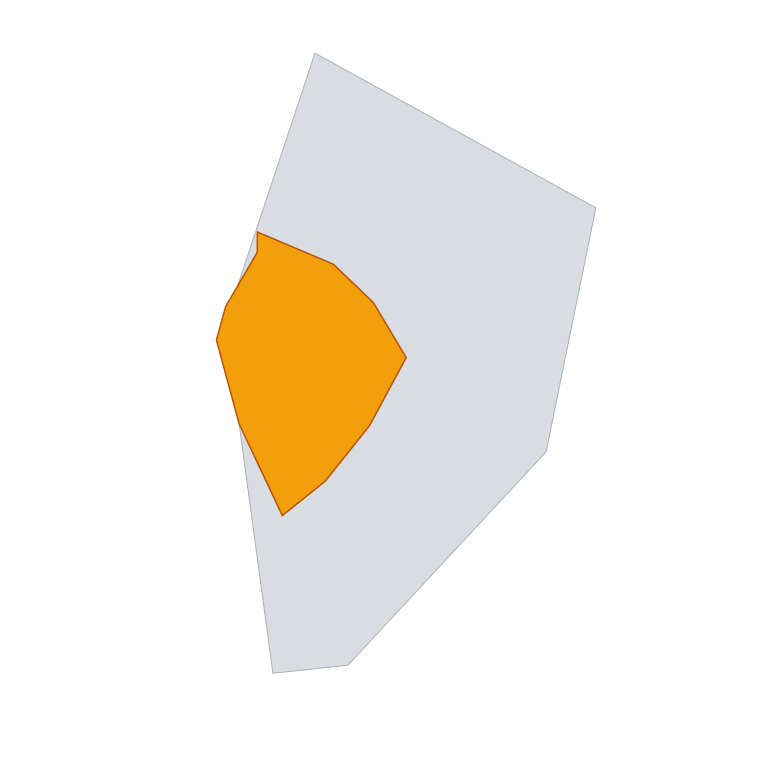 Saint Georges on a map of Montserrat (orthographic projection), rotated 193°
{"feature_id": "MSR-5088", "entity_name": "Saint Georges", "entity_type": "Parish", "adm_level": 1, "iso_a3": "MSR", "parent_name": "Montserrat", "parent_adm1": "", "projection": "orthographic", "projection_center": [-62.166, 16.749], "detail": "fine", "context": "in_parent", "style": "filled", "palette": "amber", "viewbox_px": 768, "rotation_deg": 193, "n_neighbors": 0, "source": "natural_earth", "source_scale": "10m", "svg_char_len": 460}
<svg xmlns="http://www.w3.org/2000/svg" viewBox="0 0 768 768"><g transform="rotate(193 384 384)"><path d="M552.3,408.2L525.7,690.8L217.2,603.3L210.8,354.4L355.9,101.9L427.2,77.2L552.3,408.2Z" fill="#d9dde1" stroke="#a8b0b8" stroke-width="1"/><path d="M453.5,232.9L516.2,312.6L557.2,389.2L555.7,423.9L537.1,483.8L541.6,503.6L460.2,489.3L412.6,460.9L368.3,414.7L388.8,340.0L419.4,276.1L453.5,232.9Z" fill="#f59e0b" stroke="#b45309" stroke-width="1.5"/></g></svg>